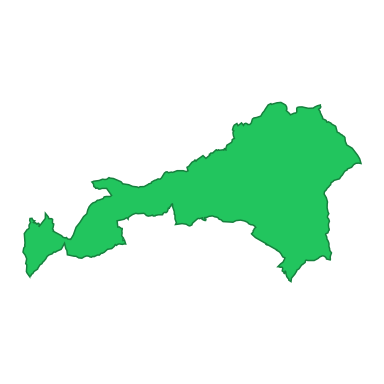 the district of Spulber, Vrancea, Romania
{"feature_id": "2599482B24061865858466", "entity_name": "Spulber", "entity_type": "district", "adm_level": 2, "iso_a3": "ROU", "parent_name": "Romania", "parent_adm1": "Vrancea", "projection": "orthographic", "projection_center": [26.718, 45.744], "detail": "fine", "context": "isolated", "style": "filled", "palette": "green", "viewbox_px": 384, "rotation_deg": 0, "n_neighbors": 0, "source": "geoboundaries", "source_scale": "gbopen_adm2", "svg_char_len": 5979}
<svg xmlns="http://www.w3.org/2000/svg" viewBox="0 0 384 384"><path d="M291.0,281.6L291.5,278.1L294.8,274.2L296.6,271.2L296.9,270.1L299.0,268.8L301.7,264.9L302.7,264.5L303.1,264.0L305.1,262.5L305.6,260.4L306.4,260.1L307.7,260.5L314.2,260.5L318.0,258.5L319.7,257.0L322.5,255.8L323.5,255.9L325.3,256.9L326.2,258.0L326.5,259.0L330.2,259.9L330.4,259.2L330.2,257.6L330.4,255.9L331.5,252.9L329.7,250.3L329.7,249.0L328.9,246.2L329.0,243.9L328.7,242.6L327.8,240.4L327.0,239.3L326.7,236.8L325.6,234.6L325.8,233.8L327.9,232.8L328.6,230.7L329.2,230.1L329.2,229.0L328.7,227.8L328.4,224.8L328.6,223.3L329.4,221.2L328.7,219.1L327.5,217.6L327.5,216.0L328.8,213.7L328.0,212.0L327.1,207.8L327.2,204.0L327.5,202.0L326.3,197.7L324.1,194.0L324.5,191.6L326.1,190.1L327.2,188.2L328.8,186.8L329.6,185.6L330.6,184.8L331.0,182.8L333.2,181.3L334.0,180.4L339.5,178.8L341.1,176.3L342.4,175.0L344.2,172.0L345.3,170.8L347.0,170.1L347.5,168.9L351.6,167.3L353.6,164.7L355.9,163.3L358.8,163.1L361.0,163.5L359.7,158.9L357.6,155.3L352.2,148.2L346.8,145.0L345.3,141.3L344.9,137.5L344.0,136.4L342.7,135.7L341.7,134.6L340.8,134.5L339.4,133.1L337.2,132.1L335.8,126.7L335.4,126.1L331.9,124.2L330.9,123.1L328.4,121.8L327.3,122.2L326.8,122.1L326.4,120.9L325.8,120.2L322.6,118.7L322.6,117.5L320.2,112.5L320.1,111.4L318.6,109.4L318.6,109.1L320.1,108.2L320.8,106.9L320.3,105.8L320.3,105.0L317.4,105.8L314.6,107.1L313.3,108.1L308.3,108.3L302.1,106.9L299.1,107.0L297.2,107.5L296.7,108.6L296.8,111.9L295.6,113.2L294.3,113.1L290.4,114.8L289.5,113.5L286.3,110.6L286.9,109.1L286.6,106.9L285.6,105.1L284.0,104.1L280.9,102.4L276.9,102.8L271.5,104.4L270.9,103.6L268.2,104.9L265.4,109.0L264.2,111.1L262.6,112.9L260.8,116.1L256.6,117.5L253.8,118.0L252.4,119.1L251.3,122.9L249.9,124.5L247.6,124.5L246.9,123.6L245.7,123.3L244.3,123.8L243.5,125.4L241.5,122.9L238.0,125.7L236.9,123.5L234.3,125.1L233.4,126.6L232.5,129.9L233.8,130.9L233.1,131.9L233.0,133.0L233.4,135.6L234.4,138.5L233.2,138.9L232.1,139.9L232.2,141.1L231.5,142.4L226.9,145.2L225.8,148.6L225.9,149.9L225.6,149.8L225.3,148.8L224.4,148.6L223.8,150.1L223.1,149.8L219.2,150.3L218.7,149.8L217.2,150.5L216.6,149.8L215.9,150.0L212.7,153.0L210.8,153.1L210.4,153.7L209.4,154.3L209.8,155.1L205.9,158.4L203.0,155.6L197.2,159.7L196.0,161.1L195.0,160.0L194.2,161.0L191.9,162.3L188.7,166.4L187.0,167.3L188.0,170.8L186.3,171.6L183.2,170.7L177.1,170.7L172.7,172.4L171.4,172.1L168.4,172.7L167.1,171.8L165.8,172.0L164.4,173.1L161.5,177.9L160.1,179.2L158.0,178.9L156.0,180.0L154.7,180.3L151.5,182.1L151.2,183.2L148.7,183.9L148.0,184.5L144.1,186.6L140.1,186.7L138.6,187.6L137.0,186.9L132.6,186.4L128.7,184.7L122.7,183.8L121.2,181.9L120.5,181.5L113.4,178.5L110.0,178.1L109.0,177.6L106.7,179.3L104.9,179.5L102.5,179.2L99.2,180.5L93.8,181.2L91.9,182.0L93.4,183.8L93.9,186.6L95.2,187.4L95.7,188.3L97.7,188.1L98.5,189.0L99.9,189.1L102.0,188.4L106.6,188.4L111.6,195.4L110.3,196.5L106.2,196.5L104.2,196.9L103.1,198.6L99.0,200.1L97.3,200.3L95.5,202.0L92.9,202.9L91.2,204.3L89.2,206.7L87.7,210.1L86.8,213.8L83.6,216.6L79.8,222.6L76.1,227.2L73.4,234.8L70.7,239.4L70.1,239.0L69.3,239.4L67.5,238.8L66.5,237.5L65.2,237.9L63.1,237.3L61.6,235.7L53.2,231.2L53.5,230.3L52.5,228.9L53.0,227.8L53.7,224.5L53.6,223.8L53.0,223.8L52.4,222.8L52.6,219.4L51.7,218.7L48.8,218.6L48.3,216.9L45.4,213.3L45.3,218.5L38.8,226.9L39.3,225.4L39.2,224.1L38.6,223.3L38.1,223.2L37.1,224.1L36.5,224.0L35.7,222.8L34.4,222.9L33.4,222.5L34.8,220.9L33.7,220.6L32.5,219.6L32.0,218.3L30.0,218.5L29.7,220.5L30.5,222.5L29.1,225.0L29.0,226.1L29.3,227.8L28.2,229.1L27.1,229.6L24.3,233.6L25.0,243.0L24.7,245.3L25.0,246.2L23.7,248.1L23.0,252.1L25.2,255.1L26.7,258.8L25.7,263.7L26.7,264.6L26.8,266.1L26.4,271.5L27.0,272.9L29.8,276.8L29.9,276.1L30.8,275.9L31.5,274.3L32.8,273.5L34.0,271.5L37.6,269.1L37.9,268.2L39.9,264.9L42.0,263.6L42.6,262.3L43.6,261.5L45.7,259.0L47.1,256.4L49.0,254.9L52.2,253.8L53.7,252.1L55.5,252.1L57.0,251.1L61.0,249.4L61.7,248.5L64.5,243.3L65.8,248.7L66.9,250.4L67.4,254.8L74.0,256.2L76.1,256.3L78.8,257.9L81.9,258.2L84.4,256.7L86.7,255.9L88.9,256.2L89.9,256.9L91.5,257.2L92.8,256.4L94.0,256.7L97.5,255.0L99.3,255.1L101.3,253.2L102.4,253.2L104.3,252.2L107.5,249.3L111.7,248.6L114.2,246.4L115.3,244.6L116.4,245.4L117.8,244.3L119.1,243.9L122.4,244.4L124.1,243.9L125.7,244.0L124.4,240.0L123.0,240.5L122.9,238.9L123.6,238.3L122.1,236.4L121.7,235.6L122.1,233.0L121.8,230.6L122.2,229.8L122.2,228.5L121.2,228.4L119.2,226.9L117.8,227.0L117.1,220.8L124.0,219.3L126.5,217.8L127.0,217.9L128.1,219.1L128.2,217.9L129.1,216.8L132.6,214.5L135.7,213.3L138.0,213.7L143.9,213.3L145.6,214.5L146.2,215.4L148.2,216.1L150.8,215.7L152.3,215.1L152.9,215.3L153.2,216.0L154.2,216.0L155.2,215.9L155.6,215.4L158.4,214.8L162.3,214.8L162.7,214.6L162.8,213.7L164.2,212.5L165.1,212.3L165.9,212.7L167.0,211.9L167.4,211.4L168.4,208.2L169.3,208.3L169.6,207.2L170.6,206.5L171.4,204.5L172.3,203.9L172.5,204.1L172.6,204.8L172.6,206.6L174.3,211.6L174.3,214.3L175.0,215.1L175.0,218.9L176.4,222.7L175.5,224.5L182.1,223.6L186.2,224.2L188.5,225.6L189.8,225.9L191.9,224.9L192.3,223.6L192.9,222.8L197.7,218.6L198.4,218.4L199.4,218.7L202.2,217.9L202.1,219.3L204.4,220.4L205.6,220.5L205.9,219.3L205.3,219.2L204.8,218.5L204.4,218.3L204.5,217.6L206.7,217.4L209.0,216.3L211.2,216.1L212.1,215.8L215.3,217.0L215.8,216.8L216.6,217.1L218.1,217.8L219.1,219.2L221.4,219.9L222.2,220.9L223.1,221.6L233.0,222.2L236.0,220.6L240.5,220.1L244.3,220.9L246.7,221.9L247.9,222.6L248.5,223.6L251.1,224.8L252.1,224.7L253.1,225.1L254.7,226.1L255.7,227.3L254.4,228.5L253.8,229.9L253.2,230.5L253.2,231.6L252.8,232.4L251.5,233.8L252.1,234.5L255.5,237.6L266.2,243.7L265.9,244.3L267.1,245.0L267.4,244.6L276.8,249.9L276.6,250.2L279.6,252.0L281.0,253.8L282.8,256.9L284.9,257.8L284.5,259.2L283.0,262.1L280.6,263.9L277.9,266.7L279.4,266.8L280.0,267.3L281.6,267.1L282.4,267.5L282.7,268.5L282.2,270.9L283.9,272.2L284.0,273.2L284.3,273.4L285.2,271.2L285.6,271.5L285.8,272.2L285.8,273.3L286.8,276.7L288.1,278.4L288.7,278.9L288.8,280.1L291.0,281.6Z" fill="#22c55e" stroke="#15803d" stroke-width="1.5"/></svg>